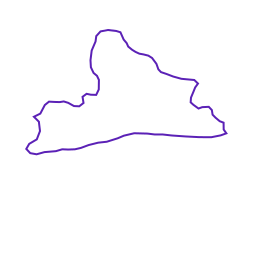 Koma tou Gialou, Cyprus (orthographic projection), rotated 36°
{"feature_id": "46923920B1495178663042", "entity_name": "Koma tou Gialou", "entity_type": "district", "adm_level": 2, "iso_a3": "CYP", "parent_name": "Cyprus", "parent_adm1": "", "projection": "orthographic", "projection_center": [34.126, 35.419], "detail": "fine", "context": "isolated", "style": "outline", "palette": "violet", "viewbox_px": 256, "rotation_deg": 36, "n_neighbors": 0, "source": "geoboundaries", "source_scale": "gbopen_adm2", "svg_char_len": 1152}
<svg xmlns="http://www.w3.org/2000/svg" viewBox="0 0 256 256"><g transform="rotate(36 128 128)"><path d="M158.5,50.9L153.4,50.2L146.7,54.2L142.3,56.8L134.3,59.8L127.6,61.6L121.8,63.4L118.1,62.7L113.3,59.4L106.3,57.2L101.9,57.5L97.2,59.4L93.5,61.2L89.4,62.0L85.4,62.3L80.3,62.0L77.0,60.1L72.5,59.0L65.6,55.0L61.5,56.4L54.2,60.5L49.0,66.0L48.3,72.3L50.9,77.1L53.1,86.7L57.8,95.2L62.3,100.7L67.8,103.7L72.2,104.0L76.2,106.2L81.7,114.0L82.8,119.9L78.4,122.9L74.4,124.7L72.9,129.5L77.3,133.9L75.8,139.1L71.4,142.0L64.8,142.8L60.4,144.3L57.5,147.2L53.1,150.2L48.6,153.1L47.2,158.3L47.9,163.1L48.6,167.9L45.3,174.2L52.2,175.3L58.6,182.2L60.9,190.8L57.4,198.9L58.0,204.7L63.7,205.8L69.5,203.0L74.6,196.6L83.3,189.1L87.3,183.9L92.4,180.5L97.6,176.4L101.6,171.8L106.2,164.9L112.5,157.4L118.9,151.6L125.7,142.4L129.2,136.6L136.1,128.6L147.0,121.1L153.3,117.6L159.6,113.0L167.7,108.4L179.7,100.9L191.2,93.4L200.9,86.4L207.3,79.5L210.7,74.5L206.3,73.0L202.2,67.5L198.2,68.6L192.7,68.2L188.6,67.5L185.3,64.2L180.9,63.4L175.8,67.5L173.6,70.8L167.3,70.8L163.6,70.4L161.1,66.4L159.6,60.1L158.5,55.7L158.5,50.9Z" fill="none" stroke="#5b21b6" stroke-width="2"/></g></svg>